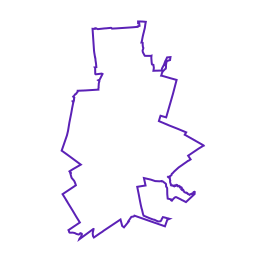 the district of Pantelimon, Constanta, Romania, rotated 353°
{"feature_id": "2599482B44343640744399", "entity_name": "Pantelimon", "entity_type": "district", "adm_level": 2, "iso_a3": "ROU", "parent_name": "Romania", "parent_adm1": "Constanta", "projection": "albers", "projection_center": [28.363, 44.596], "detail": "fine", "context": "isolated", "style": "outline", "palette": "violet", "viewbox_px": 256, "rotation_deg": 353, "n_neighbors": 0, "source": "geoboundaries", "source_scale": "gbopen_adm2", "svg_char_len": 5456}
<svg xmlns="http://www.w3.org/2000/svg" viewBox="0 0 256 256"><g transform="rotate(353 128 128)"><path d="M179.6,92.5L182.1,86.2L177.0,84.1L169.5,80.9L168.0,80.3L167.3,80.1L167.8,79.2L168.0,78.6L168.4,77.5L168.7,77.2L168.9,76.8L169.1,76.4L170.4,75.3L171.9,74.1L172.6,73.8L172.9,73.2L173.2,71.7L173.3,70.3L173.8,68.6L174.0,67.6L174.1,67.4L175.2,66.2L178.0,65.7L178.8,62.8L175.4,62.7L174.0,65.0L173.2,66.1L173.1,66.3L171.3,69.8L171.3,70.2L170.9,70.3L169.1,72.9L168.9,73.3L168.4,75.1L162.6,74.5L160.2,74.3L161.0,71.5L160.9,68.4L160.1,68.1L159.7,67.9L159.6,67.7L159.5,67.4L159.5,65.1L159.7,61.1L160.1,59.1L159.7,59.2L159.3,59.2L154.1,58.5L153.6,58.4L153.4,58.3L152.4,55.7L152.2,55.2L152.0,54.5L151.9,53.6L152.0,52.6L152.8,51.1L153.0,50.4L152.8,50.1L152.7,49.2L152.7,47.5L152.8,46.3L153.0,45.3L152.9,45.1L152.4,44.8L152.0,44.7L151.8,44.7L152.0,44.2L152.6,42.7L152.8,42.0L153.8,38.9L154.8,36.2L155.0,35.7L155.2,35.2L155.5,34.5L155.7,33.8L156.3,32.3L156.9,30.7L157.9,27.0L158.6,24.8L154.8,24.0L152.5,23.7L151.0,23.5L150.8,25.3L151.9,25.6L151.9,28.0L150.0,28.3L149.9,28.8L144.6,28.6L128.5,27.7L124.2,27.4L123.7,26.7L123.3,26.5L118.5,26.4L116.9,26.3L110.2,26.2L109.8,26.1L109.2,25.7L108.5,25.3L108.4,25.2L108.2,25.3L108.0,25.2L108.0,25.4L107.4,25.6L104.9,25.2L103.8,45.2L103.7,47.1L103.7,49.0L103.9,53.9L104.0,53.9L104.1,55.4L104.0,56.7L104.1,59.8L104.0,63.7L102.5,63.8L102.7,64.1L102.7,64.3L102.1,70.2L102.2,70.5L102.5,70.7L102.6,70.8L108.5,70.8L108.9,71.0L109.3,71.3L105.7,76.6L104.3,77.0L105.3,78.0L104.4,80.3L104.2,81.6L103.8,83.5L103.8,84.2L103.3,85.6L103.3,86.3L89.9,85.5L82.6,84.9L82.5,85.8L82.3,85.9L81.2,87.0L81.1,87.4L80.4,87.9L79.8,88.0L79.1,88.7L78.3,89.6L78.1,89.8L77.7,89.9L77.4,90.2L78.4,91.4L77.8,92.8L77.9,93.4L77.5,94.6L77.1,94.9L76.7,95.0L76.4,94.7L76.2,94.7L76.2,94.8L76.4,95.0L76.5,95.2L76.5,95.3L76.7,95.5L77.0,95.6L76.4,97.2L74.9,101.7L73.9,105.0L73.2,107.2L70.5,115.4L68.1,123.6L66.5,127.9L62.2,136.7L59.4,142.4L65.6,148.1L76.7,158.6L68.0,162.3L64.6,163.9L65.3,165.3L65.8,165.4L65.8,165.8L65.2,165.9L65.9,170.4L66.2,171.0L67.6,173.1L68.2,174.1L68.6,175.4L69.1,177.4L69.3,178.5L69.1,178.6L55.0,185.7L58.3,192.8L58.2,192.8L63.1,203.5L65.9,209.9L68.7,215.9L56.5,222.1L56.7,222.5L56.9,223.9L57.0,224.2L57.1,224.5L57.5,224.8L60.3,225.1L61.9,225.6L62.9,226.1L63.8,226.8L65.0,227.3L65.9,227.6L66.1,227.7L66.7,227.5L67.2,227.2L67.8,226.6L68.0,226.6L68.3,226.8L68.8,227.0L69.2,227.3L69.3,227.8L68.1,230.2L66.3,232.1L66.1,232.5L81.3,224.0L81.5,224.1L80.1,228.2L80.1,230.6L80.1,231.0L80.8,232.5L87.5,229.0L90.2,227.7L90.9,227.2L109.4,217.9L110.3,224.5L111.9,226.1L116.5,221.7L116.4,221.7L116.7,220.9L120.5,216.6L122.9,216.5L123.5,216.1L123.7,215.8L152.7,230.1L155.8,223.9L158.1,223.2L157.8,223.1L156.8,222.6L156.5,222.6L154.0,221.5L151.8,220.7L150.4,222.5L150.1,223.2L149.0,224.5L147.1,224.5L146.5,224.4L145.4,223.8L144.1,223.0L143.6,222.6L142.8,222.2L142.2,222.1L138.5,220.2L132.8,216.9L132.4,215.1L131.9,210.4L131.7,209.7L131.3,205.8L131.0,201.8L130.6,195.5L130.0,187.5L138.4,187.2L137.7,179.6L144.3,182.0L148.5,184.0L153.1,184.8L155.0,184.7L155.2,185.2L155.9,185.2L156.1,185.3L158.6,187.8L158.8,188.1L158.9,188.4L158.7,190.7L158.7,190.8L159.4,191.9L159.5,192.4L159.5,192.9L158.9,198.5L158.8,202.7L158.8,202.9L161.8,204.0L161.7,204.4L161.9,204.9L162.6,205.5L162.8,205.5L163.2,205.0L163.2,204.7L163.6,204.5L165.5,203.0L166.2,202.6L167.1,202.4L167.6,202.6L170.0,204.2L171.7,205.3L172.7,206.1L173.6,206.6L176.5,208.6L186.1,201.6L186.2,200.6L186.3,200.0L186.4,199.9L186.4,199.5L186.2,199.4L185.9,199.6L185.9,199.8L185.4,199.6L185.0,199.9L185.0,200.0L185.0,200.3L184.0,201.0L183.8,201.1L183.5,201.4L183.2,201.0L182.8,201.2L182.6,201.2L182.3,201.2L182.0,201.4L181.7,201.4L181.5,201.5L181.3,201.5L181.1,201.7L181.0,201.8L180.9,201.7L180.7,201.4L180.2,201.3L179.9,201.0L179.5,200.9L178.7,200.0L178.6,199.9L178.7,199.7L178.3,199.5L178.2,199.3L177.8,199.4L177.4,199.3L176.6,198.8L176.3,198.5L176.0,198.3L175.8,197.7L175.7,197.3L175.5,197.0L175.1,196.8L175.1,196.6L175.3,196.2L175.2,196.0L175.1,195.9L174.4,196.1L174.1,196.1L173.8,195.7L174.3,195.6L174.5,195.5L174.5,195.4L174.4,195.2L173.9,194.7L173.9,194.4L174.1,194.1L174.0,193.8L173.9,193.8L173.6,194.0L173.1,193.8L173.0,193.7L173.2,193.2L172.9,193.1L172.7,193.3L172.2,193.3L172.1,193.0L172.1,192.9L172.5,192.9L172.6,192.7L172.4,192.3L171.9,192.2L171.6,191.7L171.0,191.8L170.6,191.8L170.5,191.7L170.4,191.9L170.2,191.9L170.0,191.7L170.2,191.4L170.2,191.1L170.0,190.7L169.8,190.6L169.3,191.0L169.1,191.0L168.8,190.8L168.7,190.6L168.2,191.0L167.9,190.8L167.8,190.7L167.6,190.6L167.4,190.7L167.3,190.8L167.5,191.1L167.5,191.3L167.3,191.3L167.2,191.2L166.8,191.4L166.7,191.5L166.6,191.4L166.3,191.2L165.9,191.1L165.8,190.6L165.3,190.3L164.4,190.4L163.9,190.3L163.7,190.0L163.6,189.8L163.7,189.5L163.7,189.0L163.5,188.6L163.5,188.3L163.4,188.1L163.2,187.1L163.2,186.2L163.5,185.6L163.5,185.3L163.3,184.8L163.3,184.4L163.5,183.9L163.5,183.6L163.0,182.8L162.9,182.5L162.6,182.2L162.5,181.9L161.9,181.7L161.7,181.4L161.8,181.3L162.0,181.4L162.7,181.5L162.9,181.8L163.4,181.8L163.6,181.7L163.4,181.1L165.3,180.2L165.5,179.8L165.9,178.8L166.5,178.5L167.3,177.9L168.4,176.9L173.5,173.3L177.9,171.0L178.0,170.9L182.2,168.7L183.3,168.0L184.0,167.9L186.3,166.8L184.3,162.8L195.7,157.0L200.6,154.8L201.0,154.7L200.9,154.5L183.5,141.6L185.2,139.4L177.3,134.9L169.2,130.5L159.5,124.9L161.2,121.0L161.8,119.8L167.2,122.1L174.1,105.9L176.9,99.3L179.6,92.5L179.6,92.5Z" fill="none" stroke="#5b21b6" stroke-width="2"/></g></svg>